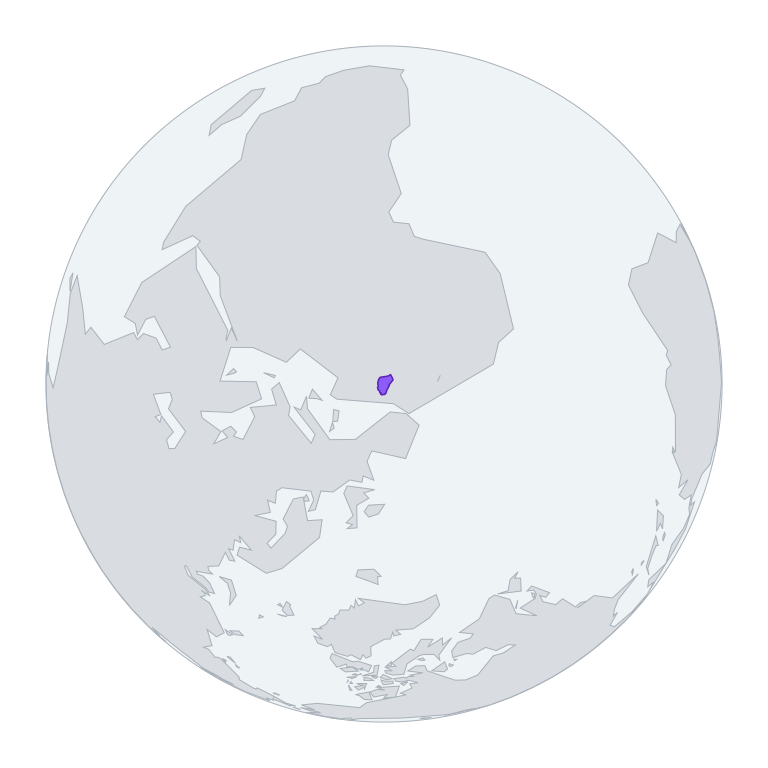 El Bayadh highlighted on a globe, orthographic projection, rotated 199°
{"feature_id": "DZA-2190", "entity_name": "El Bayadh", "entity_type": "Province", "adm_level": 1, "iso_a3": "DZA", "parent_name": "Algeria", "parent_adm1": "", "projection": "orthographic", "projection_center": [1.021, 32.573], "detail": "fine", "context": "on_globe", "style": "filled", "palette": "violet", "viewbox_px": 768, "rotation_deg": 199, "n_neighbors": 0, "source": "natural_earth", "source_scale": "10m", "svg_char_len": 10865}
<svg xmlns="http://www.w3.org/2000/svg" viewBox="0 0 768 768"><g transform="rotate(199 384 384)"><circle cx="384" cy="384" r="338" fill="#eef3f6" stroke="#a8b0b8"/><path d="M180.3,114.3L201.1,101.0L192.4,106.9L199.9,102.6L211.2,95.3L216.9,91.8L258.0,74.1L297.2,60.0L304.6,56.6L306.9,57.3L317.7,52.7L319.8,52.2L326.4,51.0L318.3,52.7L318.8,53.0L332.6,50.3L336.1,50.1L344.8,49.1L347.7,49.5L337.3,52.2L339.0,52.7L348.7,51.0L357.7,50.9L343.3,53.3L357.6,53.7L342.8,60.4L301.8,70.0L296.5,77.2L261.8,97.3L267.8,97.0L258.5,105.7L262.0,108.9L254.6,112.6L263.8,112.1L269.9,108.2L276.0,106.9L278.6,108.7L269.6,113.4L267.0,113.1L265.7,115.5L260.1,117.3L264.3,117.4L253.1,123.5L268.0,120.4L262.2,127.7L253.7,131.0L249.8,126.8L220.3,127.1L210.6,130.7L200.7,139.2L192.2,162.5L183.4,168.7L174.9,180.0L181.9,177.8L191.1,168.4L202.0,168.1L211.9,157.5L217.8,156.2L229.8,147.8L233.1,153.5L229.8,164.0L219.9,171.6L218.2,176.8L231.7,173.7L217.4,193.0L214.9,215.4L210.7,220.4L194.9,221.4L184.4,209.8L163.9,214.6L182.3,216.5L171.3,230.5L171.7,235.3L175.3,238.0L181.4,234.8L178.7,241.1L159.6,240.6L161.7,234.9L167.8,234.8L162.7,229.9L149.8,231.3L145.2,239.1L130.4,235.5L127.0,241.4L121.8,244.5L128.3,235.1L116.4,252.4L98.3,256.1L81.7,287.3L92.4,256.4L92.8,247.0L91.8,239.2L88.9,244.1L91.6,229.4L87.1,229.5L75.4,249.3L66.5,271.3L64.5,284.6L68.6,278.1L69.9,285.1L59.0,306.2L59.5,326.0L53.8,345.2L52.6,360.7L55.3,365.8L57.4,379.1L62.3,372.7L68.8,375.3L65.4,392.5L71.7,382.0L73.4,395.3L88.4,412.5L86.4,415.0L98.5,449.8L117.2,474.0L121.5,489.8L118.7,495.6L126.5,503.0L126.7,508.0L162.6,535.4L185.1,557.2L187.1,573.6L173.8,584.7L174.4,615.9L153.8,612.8L157.2,623.4L156.1,631.3L142.5,619.6L155.3,632.5L155.1,632.6L133.1,610.3L113.2,586.1L95.7,560.2L83.0,535.5L76.4,521.2L65.4,495.5L51.1,438.8L50.8,426.3L49.5,414.7L54.0,402.2L55.6,376.5L54.7,369.2L52.1,373.6L51.7,345.2L55.3,323.1L68.3,263.5L77.5,241.7L88.2,220.6L100.3,200.4L113.8,181.0L128.7,162.6L144.8,145.4L162.0,129.2L180.3,114.3ZM76.5,296.6L77.6,328.9L72.2,320.6L74.1,319.8L74.8,309.3L74.6,295.4L71.2,289.6L76.5,296.6ZM87.5,288.1L86.9,283.8L88.2,286.8L87.5,288.1ZM218.8,90.4L211.1,95.3L199.6,102.4L205.6,98.1L218.8,90.4ZM241.2,79.2L238.6,80.9L230.5,84.1L234.5,82.1L241.2,79.2ZM309.2,54.8L302.2,56.6L307.8,55.0L309.2,54.8ZM345.5,48.9L346.3,48.6L350.5,48.3L345.5,48.9ZM227.2,145.3L228.4,146.5L225.6,147.4L227.2,145.3ZM231.3,140.7L227.0,140.9L228.3,138.8L230.9,138.7L231.3,140.7ZM358.8,48.8L365.2,48.8L356.9,49.2L358.8,48.8ZM236.2,141.1L231.1,135.1L233.5,131.5L245.4,128.4L236.2,141.1ZM367.7,49.1L383.3,50.0L386.5,49.0L386.2,52.9L373.0,50.4L362.3,50.8L368.2,49.9L367.7,49.1ZM270.7,106.2L264.3,110.4L267.2,105.4L270.7,106.2ZM271.1,103.4L271.3,91.6L282.1,86.9L279.8,91.5L291.8,84.7L297.0,88.2L291.5,92.7L283.5,94.9L291.6,94.7L271.1,103.4ZM383.4,55.4L385.7,56.3L381.3,55.9L383.4,55.4ZM278.6,106.0L277.7,103.7L287.0,99.4L290.5,103.2L286.4,103.3L278.6,106.0ZM292.5,81.5L300.0,79.3L306.2,81.4L309.9,81.0L298.0,87.9L292.5,81.5ZM285.6,105.2L292.1,105.3L290.1,109.1L280.2,108.0L285.6,105.2ZM287.9,96.8L292.5,95.0L291.1,97.2L287.9,96.8ZM286.7,123.8L285.4,120.6L290.1,117.9L286.7,123.8ZM294.6,105.1L295.2,103.8L296.9,102.6L300.7,103.5L294.6,105.1ZM303.2,89.1L304.2,90.7L308.4,86.3L313.2,88.2L304.4,92.7L310.2,91.5L311.7,92.1L302.9,95.2L303.2,89.1ZM309.6,100.9L300.0,108.0L301.4,114.2L297.2,116.6L295.8,106.3L309.6,100.9ZM306.4,97.2L307.4,99.9L301.7,101.2L297.5,100.2L306.4,97.2ZM319.7,88.0L314.6,84.0L316.7,83.2L319.7,88.0ZM311.1,102.3L313.4,100.7L311.9,102.6L311.1,102.3ZM318.3,92.0L316.2,90.5L318.7,89.7L318.3,92.0ZM319.7,98.7L316.6,100.8L313.6,100.1L319.7,98.7ZM320.0,95.4L323.9,94.6L314.4,98.5L318.6,94.8L320.0,95.4ZM321.0,91.4L321.8,90.4L321.5,92.2L321.0,91.4ZM332.7,100.9L321.6,106.0L315.0,104.1L326.8,99.2L332.7,100.9ZM465.5,56.1L462.6,55.5L428.4,50.9L443.3,52.5L443.1,53.2L450.5,54.6L460.7,56.2L459.9,55.7L493.0,66.9L524.1,78.4L514.0,72.9L516.0,73.1L527.6,78.1L549.1,89.2L569.7,101.7L589.4,115.7L608.1,131.1L611.7,134.3L603.7,127.4L617.3,140.0L621.1,143.3L617.9,140.1L634.4,157.1L649.7,175.2L663.7,194.4L676.3,214.5L687.5,235.4L697.2,257.1L705.3,279.4L711.9,302.2L705.4,282.5L708.3,295.7L704.5,285.0L695.6,272.6L697.6,291.6L703.3,338.5L710.1,367.5L709.4,386.5L693.8,358.1L682.6,333.8L679.6,342.2L661.4,330.3L637.5,351.1L631.7,345.8L627.7,353.4L614.5,353.2L604.8,344.0L597.9,349.3L623.1,373.2L630.3,367.6L633.0,350.1L638.9,360.3L651.4,363.1L646.0,401.2L606.6,452.7L598.9,432.0L549.1,383.8L548.4,376.0L548.0,375.2L547.2,373.9L546.6,387.2L536.7,376.9L567.5,414.1L574.3,431.8L606.1,454.3L604.1,459.1L613.1,462.0L637.5,438.8L638.5,446.3L629.3,487.4L592.2,549.7L595.0,575.2L588.6,598.7L560.7,622.7L558.4,637.3L543.3,647.3L539.2,655.7L524.4,667.4L501.4,680.1L467.4,687.5L469.1,681.4L457.7,670.7L443.7,637.0L456.2,617.0L454.7,602.2L429.7,569.7L435.5,548.3L427.8,540.1L412.6,543.6L403.4,533.4L393.8,533.7L331.3,541.5L310.1,526.2L279.5,478.3L289.2,460.7L287.1,438.4L350.8,364.1L368.6,368.5L423.7,354.3L431.3,356.3L429.5,374.9L474.5,389.9L483.5,372.7L519.7,375.9L540.8,368.7L540.0,333.4L505.5,344.5L494.9,330.1L518.9,307.4L548.4,298.7L545.2,292.9L522.7,285.9L525.5,272.0L514.4,282.5L521.8,287.0L515.1,294.2L507.9,290.6L509.2,285.6L499.2,285.7L495.6,311.1L502.8,318.3L479.0,329.1L488.6,342.6L483.5,351.2L465.3,331.8L464.1,323.3L433.5,304.2L432.7,313.9L461.5,332.9L454.2,332.5L453.3,347.2L448.3,335.7L417.1,313.7L393.0,322.3L369.0,359.6L353.5,363.2L337.4,356.5L339.3,320.5L373.8,316.8L374.9,305.4L362.2,289.7L373.7,290.3L372.8,283.9L385.2,282.1L397.0,265.3L408.8,262.3L408.0,242.8L414.0,239.0L412.7,251.4L418.2,258.9L446.8,252.7L450.8,247.6L447.9,235.8L456.2,236.2L449.7,225.6L463.5,217.5L441.3,219.1L437.4,206.7L442.7,195.4L437.4,192.0L428.8,210.6L428.9,218.0L435.4,223.6L432.3,245.7L423.7,250.9L411.8,229.9L398.3,235.5L395.0,217.9L420.3,176.4L433.7,166.7L467.3,174.4L467.4,182.7L455.3,183.7L471.5,193.3L467.8,187.4L474.6,188.1L472.6,177.6L477.4,177.7L467.3,168.0L472.9,167.0L479.2,173.2L481.0,158.2L491.1,154.2L489.2,150.9L484.3,148.4L500.5,145.8L498.4,143.5L492.3,143.4L484.1,139.1L476.0,130.7L482.0,130.2L485.8,133.1L502.7,139.2L511.7,147.9L513.4,146.9L507.0,139.4L486.3,131.8L479.7,127.0L489.6,129.4L485.5,128.1L484.1,125.6L488.4,123.0L477.5,120.1L454.1,96.8L460.0,90.4L471.4,94.4L461.4,80.6L468.9,76.4L463.2,76.0L454.6,70.5L452.1,71.6L448.8,71.1L425.5,59.7L424.8,57.4L408.4,53.9L405.4,54.0L405.1,55.4L386.2,52.9L386.5,49.0L393.1,48.9L388.9,47.3L404.5,47.7L415.5,48.0L435.0,50.6L441.9,51.3L439.4,50.8L443.8,51.4L465.5,56.1ZM334.2,403.7L333.6,410.6L334.2,403.7ZM583.6,306.5L598.7,299.2L585.1,282.5L589.7,278.7L583.4,274.8L584.0,281.4L567.5,270.1L571.5,260.5L566.2,252.8L560.8,255.0L556.1,274.5L579.7,290.4L579.2,300.7L583.6,306.5ZM89.0,412.8L90.4,418.2L87.6,415.5L89.0,412.8ZM69.1,326.1L70.5,330.2L70.4,334.8L68.9,332.8L69.1,326.1ZM86.7,357.8L89.4,363.5L85.5,360.5L86.7,357.8ZM78.3,333.5L84.3,353.9L76.9,350.3L73.5,337.7L77.3,342.2L78.3,333.5ZM81.9,295.9L82.2,299.5L80.5,301.8L81.9,295.9ZM88.4,290.3L87.9,289.6L88.7,286.0L88.4,290.3ZM172.5,230.5L173.9,230.8L176.5,234.5L173.1,234.9L172.5,230.5ZM201.1,240.1L196.1,250.1L197.3,242.9L191.6,244.9L186.9,232.9L208.3,222.4L199.4,229.0L201.1,240.1ZM186.7,215.1L187.2,223.1L185.8,214.8L186.7,215.1ZM355.1,253.2L361.2,256.8L359.1,264.4L344.2,270.5L347.0,259.3L355.1,253.2ZM370.3,260.4L362.7,239.2L371.7,235.3L367.9,240.9L374.6,240.5L370.3,249.5L386.4,267.5L385.6,275.6L358.4,281.1L367.7,274.5L361.2,271.0L370.3,260.4ZM327.4,199.6L324.3,192.5L347.9,193.0L348.1,199.7L333.2,205.6L324.2,201.2L327.4,199.6ZM258.1,137.6L255.4,136.4L257.9,134.9L262.2,134.7L258.1,137.6ZM285.7,122.5L272.7,142.0L268.9,141.4L265.8,154.7L254.6,158.5L257.0,149.5L246.1,162.9L243.7,156.4L237.4,165.9L243.9,145.6L241.3,141.0L248.4,144.6L258.8,141.1L262.5,138.2L271.1,126.9L270.7,116.0L280.9,111.6L288.2,111.4L289.9,113.3L282.7,115.4L290.1,116.5L281.0,121.1L285.7,122.5ZM368.1,122.9L359.1,122.6L372.3,129.3L363.3,132.4L365.4,133.0L360.7,137.9L358.6,145.2L353.8,145.8L355.1,148.4L352.0,152.0L352.1,156.0L343.6,158.8L343.1,164.0L339.3,162.4L340.7,170.8L335.9,165.9L331.4,170.7L338.4,173.0L292.2,182.1L276.6,191.2L266.1,201.9L259.3,193.1L264.7,177.9L276.7,162.0L292.8,155.1L286.7,152.8L292.6,149.0L294.9,152.4L294.9,145.0L300.4,142.9L311.1,131.3L307.7,122.9L311.6,118.9L315.6,121.2L316.6,115.6L326.9,117.3L329.8,114.6L342.9,114.1L349.0,120.7L351.9,117.3L362.0,117.3L368.1,122.9ZM336.4,100.9L345.8,107.2L345.4,112.2L322.8,111.2L318.7,113.4L304.1,113.8L305.0,106.8L309.0,107.2L313.2,106.0L311.3,108.7L315.9,105.7L321.7,106.4L326.8,104.4L328.5,106.9L336.4,100.9ZM437.2,348.4L442.6,348.3L450.5,346.1L450.0,355.8L437.2,348.4ZM415.7,333.7L420.2,331.9L423.4,343.5L417.8,344.0L415.7,333.7ZM420.0,321.4L420.2,330.9L416.7,326.0L420.0,321.4ZM416.6,249.3L421.1,247.1L422.6,249.6L421.4,254.2L416.6,249.3ZM405.4,146.6L400.3,144.9L400.9,143.3L393.9,136.1L400.1,133.7L406.7,137.1L405.4,146.6ZM535.7,341.1L531.3,349.5L527.4,347.5L529.7,345.0L535.7,341.1ZM489.8,354.1L501.6,355.5L489.5,356.7L489.8,354.1ZM410.9,142.8L407.3,140.0L412.6,140.7L410.9,142.8ZM404.2,131.7L409.9,131.7L400.0,132.6L404.2,131.7ZM631.8,572.9L604.7,618.5L593.0,624.9L594.5,615.8L607.0,590.4L621.9,576.5L630.3,562.1L631.8,572.9ZM711.0,369.2L715.3,381.3L714.3,387.9L711.0,369.2ZM458.1,124.2L461.0,136.3L467.2,144.7L477.1,148.3L464.4,148.9L454.9,136.0L458.1,124.2ZM454.0,100.0L445.3,97.7L448.1,95.9L450.4,96.2L454.0,100.0ZM449.4,100.5L440.7,103.2L435.2,100.2L443.2,98.6L449.4,100.5ZM426.1,121.7L426.6,125.2L422.3,124.5L426.1,121.7ZM520.0,74.7L512.0,71.6L506.2,69.5L511.7,71.1L520.0,74.7ZM388.4,55.7L385.9,56.3L386.0,55.3L388.4,55.7ZM447.6,71.9L443.1,71.1L443.3,69.6L447.6,71.9ZM430.6,68.4L433.5,70.5L427.9,68.4L430.6,68.4ZM440.5,75.7L433.4,71.5L443.8,75.3L440.5,75.7Z" fill="#d9dde1" stroke="#a8b0b8" stroke-width="1"/><path d="M380.7,374.2L380.9,374.0L381.0,374.0L382.0,373.3L382.4,373.1L382.6,373.0L383.8,373.3L384.0,373.5L384.0,374.3L384.0,374.5L384.8,374.4L385.0,374.5L385.3,374.8L385.5,375.2L385.8,375.7L385.9,375.8L386.0,375.9L386.3,376.0L386.5,376.1L387.2,376.3L387.5,376.4L387.6,376.5L387.8,376.7L387.9,376.8L388.2,377.5L388.9,378.5L389.0,378.7L389.0,379.0L388.9,379.3L388.7,379.5L388.8,379.8L388.9,380.0L389.0,380.5L389.1,380.8L389.2,381.0L389.7,381.6L389.9,381.9L390.2,383.0L390.3,383.2L390.3,383.4L390.4,383.7L390.4,385.1L390.4,385.3L390.6,385.9L390.6,386.1L390.6,386.3L390.6,386.6L390.6,386.8L390.5,387.0L390.0,387.6L390.0,387.8L390.0,388.0L390.1,388.5L390.0,388.8L389.9,388.9L389.5,389.2L389.3,389.4L384.1,392.1L383.1,392.7L382.6,393.1L380.8,395.0L378.1,392.5L377.0,391.2L376.8,390.9L376.8,390.7L378.7,385.4L378.9,385.0L378.9,384.7L378.9,384.4L378.7,384.4L378.4,384.1L378.4,383.9L378.9,382.7L378.8,381.5L378.8,381.3L378.9,381.1L379.0,380.8L379.2,379.9L379.3,379.6L379.3,379.2L379.2,377.8L379.2,376.7L379.4,375.5L379.4,375.3L379.5,375.1L379.7,374.8L379.9,374.7L380.0,374.6L380.0,374.4L380.2,374.2L380.3,374.2L380.7,374.2Z" fill="#8b5cf6" stroke="#5b21b6" stroke-width="1.5"/></g></svg>